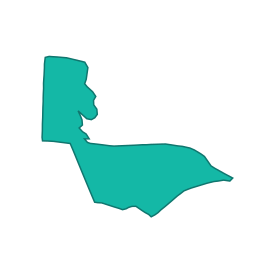 the district of Balneário Pinhal, Rio Grande do Sul, Brazil, rotated 163°
{"feature_id": "56859067B35823111888461", "entity_name": "Balneário Pinhal", "entity_type": "district", "adm_level": 2, "iso_a3": "BRA", "parent_name": "Brazil", "parent_adm1": "Rio Grande do Sul", "projection": "robinson", "projection_center": [-50.295, -30.225], "detail": "fine", "context": "isolated", "style": "filled", "palette": "teal", "viewbox_px": 256, "rotation_deg": 163, "n_neighbors": 0, "source": "geoboundaries", "source_scale": "gbopen_adm2", "svg_char_len": 1420}
<svg xmlns="http://www.w3.org/2000/svg" viewBox="0 0 256 256"><g transform="rotate(163 128 128)"><path d="M213.5,140.7L208.2,138.9L203.1,137.0L187.8,130.1L187.0,122.6L186.4,116.2L185.7,108.6L184.8,98.9L184.2,92.7L183.1,81.4L181.6,66.8L178.7,65.4L175.1,64.1L164.2,56.5L160.3,53.9L157.1,51.5L153.4,51.3L150.6,51.9L147.1,51.9L143.3,50.8L138.8,45.1L136.2,42.0L133.5,39.3L131.8,36.3L127.6,37.1L124.0,38.3L120.7,40.0L115.7,42.0L109.2,44.8L104.7,46.8L100.7,48.6L96.2,50.2L92.9,51.5L88.5,51.9L84.8,52.1L81.1,52.1L73.5,52.1L68.7,52.1L65.0,51.9L61.5,51.7L57.2,50.9L51.8,50.2L46.1,47.5L42.5,49.5L48.9,55.9L56.8,64.1L59.7,67.5L63.2,78.4L65.6,81.6L71.0,87.6L74.6,90.7L81.3,94.5L86.0,96.5L91.5,99.2L96.8,101.7L100.3,102.7L107.0,104.5L111.0,105.6L115.3,106.6L119.3,107.8L126.3,109.5L146.7,114.8L150.8,116.4L156.5,119.0L163.0,121.9L168.6,124.3L171.0,126.1L172.8,130.3L168.3,129.0L169.8,134.5L172.6,137.8L174.7,142.3L170.7,144.2L169.6,149.3L170.0,153.9L170.7,159.0L166.9,152.6L164.7,148.9L160.6,146.7L156.8,147.5L153.4,150.0L152.3,155.1L154.0,160.1L152.9,164.5L149.6,167.6L151.2,172.9L155.1,179.5L156.5,183.0L153.7,186.8L148.7,197.5L150.1,203.6L166.2,213.1L174.9,216.6L179.2,218.2L182.5,219.5L186.5,219.7L189.2,213.6L190.4,209.8L192.8,203.1L195.7,195.5L197.2,190.4L198.8,186.0L200.3,181.6L201.3,178.3L203.3,172.7L206.5,163.0L208.7,156.8L210.7,150.4L212.9,144.2L213.5,140.7Z" fill="#14b8a6" stroke="#0f766e" stroke-width="1.5"/></g></svg>